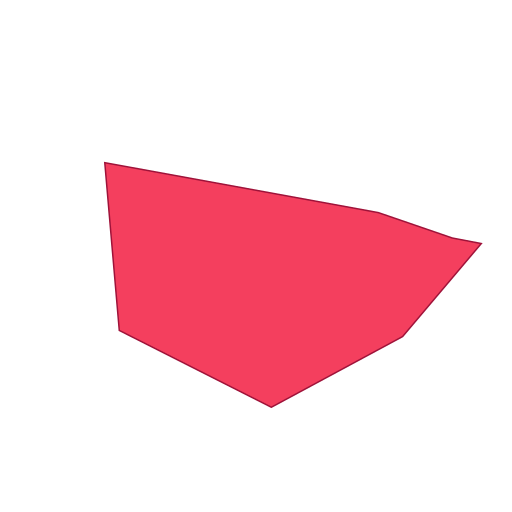 Macao S.A.R, orthographic projection, rotated 215°
{"feature_id": "MAC", "entity_name": "Macao S.A.R", "entity_type": "country or territory", "adm_level": 0, "iso_a3": "MAC", "parent_name": "Asia", "parent_adm1": "", "projection": "orthographic", "projection_center": [113.504, 22.221], "detail": "fine", "context": "isolated", "style": "filled", "palette": "rose", "viewbox_px": 512, "rotation_deg": 215, "n_neighbors": 0, "source": "natural_earth", "source_scale": "50m", "svg_char_len": 276}
<svg xmlns="http://www.w3.org/2000/svg" viewBox="0 0 512 512"><g transform="rotate(215 256 256)"><path d="M78.6,395.4L89.7,274.1L156.7,140.9L325.3,116.6L433.4,245.7L419.9,251.9L180.7,361.7L105.6,383.3L78.6,395.4Z" fill="#f43f5e" stroke="#9f1239" stroke-width="1.5"/></g></svg>